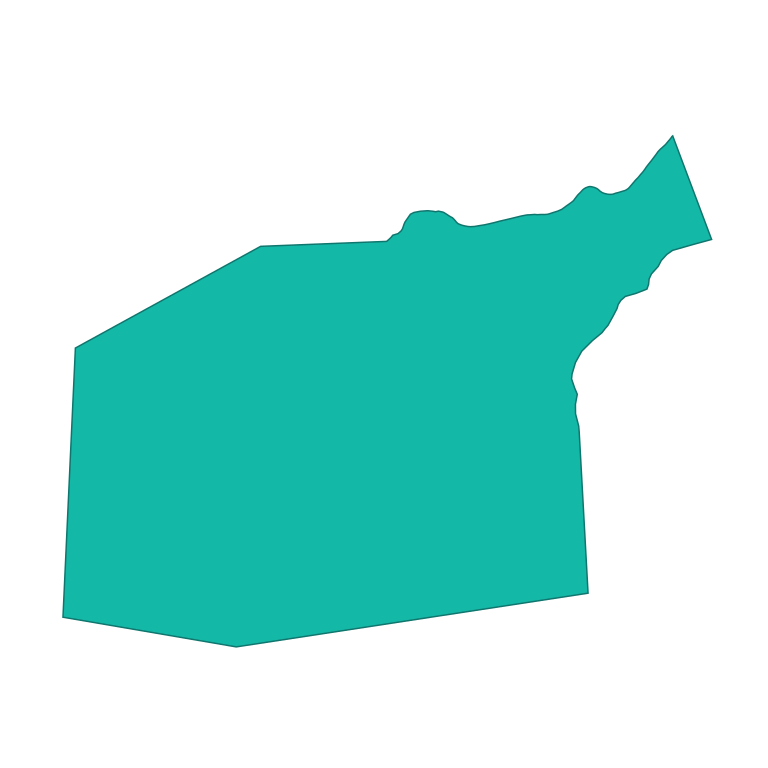 outline of Catter Beaufond, Praslin, Saint Lucia, rotated 276°
{"feature_id": "8701671B82105549024004", "entity_name": "Catter Beaufond", "entity_type": "district", "adm_level": 2, "iso_a3": "LCA", "parent_name": "Saint Lucia", "parent_adm1": "Praslin", "projection": "natural_earth1", "projection_center": [-60.942, 13.842], "detail": "fine", "context": "isolated", "style": "filled", "palette": "teal", "viewbox_px": 768, "rotation_deg": 276, "n_neighbors": 0, "source": "geoboundaries", "source_scale": "gbopen_adm2", "svg_char_len": 1824}
<svg xmlns="http://www.w3.org/2000/svg" viewBox="0 0 768 768"><g transform="rotate(276 384 384)"><path d="M197.3,608.8L357.0,583.1L362.6,582.0L374.4,577.6L383.8,576.5L394.0,577.3L400.0,574.0L408.7,570.0L413.7,570.0L425.5,572.2L437.4,577.3L448.9,586.7L457.9,595.5L462.0,598.0L465.7,600.6L475.1,604.6L483.5,607.9L487.5,608.6L491.9,610.8L496.3,614.8L500.6,625.4L505.9,635.6L510.6,636.7L516.2,636.7L521.5,638.5L529.6,644.4L535.9,646.9L542.4,651.7L547.1,657.1L555.2,677.2L562.0,694.7L660.9,645.2L660.2,644.5L658.2,643.4L651.4,638.8L646.3,634.2L643.7,632.2L641.3,630.9L637.3,628.5L633.8,626.4L631.8,625.1L629.0,623.3L627.0,622.1L624.7,620.9L621.7,619.1L619.5,617.5L615.7,615.0L613.0,612.8L605.8,607.9L604.0,606.6L602.5,604.8L601.6,603.4L600.4,600.5L598.9,597.0L598.0,594.5L596.7,591.8L596.3,589.8L596.1,586.9L596.3,585.1L596.6,583.1L597.2,580.9L598.7,578.2L599.7,577.0L600.7,575.2L601.5,572.6L601.9,569.8L601.9,568.1L601.5,566.6L600.1,563.9L599.1,562.6L597.7,561.2L595.2,559.4L592.3,557.0L587.9,554.3L586.3,553.4L585.0,552.2L583.3,550.4L581.9,548.8L580.1,546.7L578.6,545.1L576.2,542.4L574.1,538.7L572.3,534.5L571.7,533.2L570.5,530.5L569.9,529.0L569.3,525.7L569.1,523.1L568.4,518.6L568.4,516.2L567.6,511.8L567.1,508.6L566.5,506.5L565.3,502.6L562.2,494.0L560.2,488.3L558.2,482.5L556.2,477.2L554.5,472.4L552.8,467.3L551.5,462.4L550.1,457.4L549.5,453.6L549.4,451.1L549.7,447.4L550.1,444.7L551.1,441.1L552.5,439.1L553.6,438.1L555.4,436.1L556.5,434.7L557.3,432.7L558.2,430.7L559.0,429.3L560.9,425.4L561.2,423.9L561.6,420.0L560.7,417.3L560.9,415.0L560.9,409.3L559.6,402.0L557.7,395.8L555.6,392.5L547.4,388.0L544.9,387.2L540.4,386.2L538.0,385.0L535.0,382.2L532.9,377.2L530.3,375.5L528.0,373.5L526.1,371.7L508.0,246.9L387.5,73.3L384.7,73.5L118.5,89.1L107.1,264.5L197.3,608.8Z" fill="#14b8a6" stroke="#0f766e" stroke-width="1.5"/></g></svg>